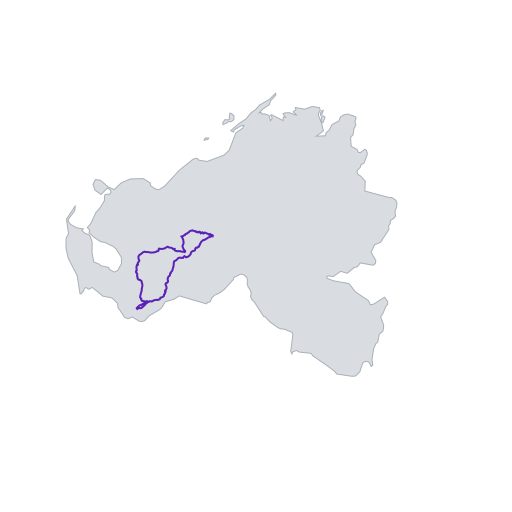 Barinas highlighted on a map of Venezuela, rotated 323°
{"feature_id": "VEN-26", "entity_name": "Barinas", "entity_type": "State", "adm_level": 1, "iso_a3": "VEN", "parent_name": "Venezuela", "parent_adm1": "", "projection": "robinson", "projection_center": [-69.659, 8.155], "detail": "fine", "context": "in_parent", "style": "outline", "palette": "violet", "viewbox_px": 512, "rotation_deg": 323, "n_neighbors": 0, "source": "natural_earth", "source_scale": "10m", "svg_char_len": 9432}
<svg xmlns="http://www.w3.org/2000/svg" viewBox="0 0 512 512"><g transform="rotate(323 256 256)"><path d="M414.8,198.0L419.3,204.6L418.9,206.2L416.2,207.8L414.5,211.6L411.0,213.2L406.2,217.7L403.0,218.1L398.0,225.7L400.8,231.6L400.1,234.7L401.4,236.2L407.1,236.3L407.7,237.9L407.0,240.4L405.9,241.9L398.2,246.8L394.4,246.3L392.9,247.8L387.8,248.8L386.5,251.7L387.7,255.6L388.3,262.0L382.0,269.6L397.8,289.8L399.5,290.8L401.2,295.4L400.6,298.2L397.8,301.5L393.9,303.9L391.5,308.0L389.1,308.9L384.8,308.5L382.7,310.9L380.0,311.7L378.2,314.8L363.7,320.0L357.5,318.4L350.2,322.2L349.0,331.7L346.7,333.9L344.0,333.9L335.1,324.3L330.5,325.6L327.4,324.3L318.5,324.7L314.4,319.2L305.1,318.9L301.6,315.2L300.0,315.2L299.2,316.4L302.9,322.4L313.7,334.0L313.8,344.5L318.9,359.2L318.0,363.8L320.9,365.2L333.9,366.3L333.8,371.5L332.1,373.8L329.5,374.3L322.9,378.2L318.9,379.5L316.4,388.0L314.2,390.5L311.8,392.5L307.4,392.6L301.4,398.1L299.3,398.0L294.3,400.7L286.2,408.6L283.5,413.5L281.5,413.6L282.3,409.3L281.2,407.0L279.3,405.8L277.5,405.6L275.3,406.7L269.3,410.9L263.4,411.8L260.3,409.9L249.5,398.9L249.3,395.2L246.8,386.3L241.3,370.0L241.4,366.9L232.7,358.7L231.5,355.8L227.9,354.7L225.7,355.8L226.3,353.1L237.9,341.3L238.9,338.7L234.4,331.2L231.9,329.1L230.4,326.4L227.5,317.3L226.7,310.2L225.7,308.8L227.0,291.7L226.5,287.9L227.3,285.0L229.6,283.0L230.9,280.0L231.1,275.8L232.5,272.5L234.9,269.8L235.8,267.2L234.7,262.9L232.6,261.2L225.6,259.9L223.7,261.2L210.8,263.6L204.4,263.6L199.5,262.4L195.9,262.8L191.5,265.1L189.4,263.8L187.7,264.5L170.7,241.7L164.5,241.2L156.0,238.0L149.4,240.6L146.6,240.8L134.7,239.5L128.1,240.7L125.4,239.6L123.5,237.8L120.5,230.3L116.0,229.1L114.2,226.1L114.8,214.0L116.9,210.6L116.2,205.1L115.5,202.5L109.5,195.8L106.4,182.6L102.4,181.9L101.3,179.0L100.1,178.5L96.8,180.3L93.4,181.0L92.7,180.3L101.4,164.0L104.7,144.7L109.1,135.2L115.0,127.6L119.7,125.4L126.8,112.5L142.1,107.1L138.1,111.0L128.9,113.5L126.8,115.1L127.0,119.4L129.7,125.5L134.3,130.4L132.2,130.9L133.2,135.3L135.4,138.3L135.5,140.1L133.7,146.0L126.7,155.2L122.9,163.2L125.8,168.0L126.2,170.4L131.4,176.4L130.9,178.7L133.2,183.6L136.8,184.3L143.9,181.2L147.7,176.0L148.5,166.2L147.8,162.7L143.4,154.2L140.4,150.9L137.9,143.5L136.7,136.8L138.7,135.3L138.5,131.7L143.4,130.8L154.1,125.0L160.7,123.6L168.3,120.5L171.6,116.5L172.7,116.2L176.6,118.6L178.6,117.7L179.4,115.9L178.3,112.3L169.3,113.6L167.0,106.4L169.0,100.6L173.8,98.4L177.3,101.8L179.6,112.2L182.8,117.6L192.4,116.5L202.1,118.9L212.5,126.3L215.5,134.0L214.2,136.0L214.9,139.3L216.4,142.6L218.7,144.7L225.2,145.2L246.4,141.4L264.3,140.8L267.7,142.4L268.1,145.2L273.9,151.1L291.3,156.2L298.0,155.5L314.0,145.6L322.5,145.9L325.0,144.4L321.8,142.9L314.7,142.3L312.5,143.3L311.3,140.7L321.5,140.0L330.6,140.5L338.0,138.7L343.8,138.8L349.7,137.6L360.8,139.0L369.6,137.8L368.6,139.5L361.1,140.8L357.5,143.2L350.0,142.7L344.7,143.6L346.4,144.3L346.4,146.7L347.9,147.2L350.2,150.2L350.8,152.7L348.9,156.6L351.1,156.2L352.3,155.0L352.3,152.2L353.5,152.7L359.1,164.1L361.5,161.4L363.1,163.1L363.1,158.7L364.9,158.9L369.0,161.7L373.2,168.3L372.5,163.3L375.9,163.2L376.7,161.1L383.5,168.2L390.7,170.3L396.0,175.7L394.9,178.4L391.7,179.7L390.5,181.4L388.1,189.9L385.1,196.6L376.2,196.6L383.8,201.8L386.4,199.6L390.2,199.5L395.9,196.8L403.6,198.0L407.0,195.8L411.2,196.1L414.8,198.0ZM322.0,127.1L322.8,130.7L320.4,133.8L317.1,133.9L314.6,131.9L313.2,132.3L308.7,131.2L310.0,129.3L313.3,128.4L315.7,130.6L317.7,130.7L318.2,128.9L321.0,126.2L322.0,127.1ZM394.4,187.0L389.6,189.8L389.4,187.0L393.1,183.7L394.7,185.7L394.4,187.0ZM289.2,133.3L287.9,133.9L284.3,132.4L285.1,131.5L287.1,131.5L289.2,133.3ZM395.3,181.8L392.4,182.7L393.3,180.7L396.3,179.6L397.4,180.0L395.3,181.8Z" fill="#d9dde1" stroke="#a8b0b8" stroke-width="1"/><path d="M221.3,198.3L222.0,199.2L222.2,199.6L222.8,200.0L222.7,200.5L222.7,200.8L223.0,200.9L223.1,201.0L223.2,201.3L223.3,201.6L223.5,201.9L223.7,202.1L223.8,202.1L224.2,201.9L224.3,201.9L224.4,202.0L224.5,202.5L225.0,202.9L225.5,202.7L225.7,203.0L225.7,203.3L225.5,203.6L225.5,204.0L225.8,203.8L226.1,204.0L226.5,204.4L226.5,204.6L226.5,205.0L226.9,205.2L227.0,205.3L227.1,205.5L227.3,205.1L227.3,204.9L227.5,204.9L227.6,205.1L227.6,205.4L227.7,206.4L227.8,206.5L229.0,206.4L229.2,206.5L229.9,207.3L230.2,208.4L230.4,208.7L230.6,208.9L231.0,209.3L231.2,209.8L231.3,210.4L231.6,210.3L232.1,210.7L232.4,210.8L232.3,211.0L232.3,211.4L232.4,211.5L231.9,211.5L232.4,212.3L232.7,213.2L233.0,213.4L233.4,213.2L233.8,213.5L233.8,213.8L233.2,214.2L232.6,213.6L232.0,213.4L231.9,213.3L231.8,213.1L231.7,213.0L231.1,213.2L230.6,213.1L230.1,212.8L228.9,212.5L226.6,212.4L225.5,212.1L224.9,212.3L224.4,212.1L223.8,211.7L223.3,211.5L220.8,211.7L220.4,211.9L219.5,212.3L218.8,212.5L218.3,213.0L218.0,213.2L217.2,213.4L216.5,213.9L216.0,214.2L215.7,214.1L215.5,213.8L215.0,213.8L214.4,213.9L213.9,214.0L213.2,213.5L213.1,213.3L212.8,213.3L212.3,213.4L211.9,213.6L211.0,214.5L210.4,214.7L209.8,214.6L208.9,214.1L208.4,214.0L206.9,213.9L206.5,214.0L205.2,214.8L204.9,215.2L204.5,215.3L202.3,215.7L200.7,215.5L199.8,214.9L199.7,214.9L199.4,214.9L199.4,214.4L199.0,213.8L198.9,213.6L198.8,213.3L198.7,213.0L198.1,213.2L197.2,213.2L197.1,213.3L196.9,213.5L196.7,213.6L196.2,213.2L195.3,212.8L195.2,212.7L194.9,212.0L194.8,211.9L194.3,211.7L193.5,211.1L192.9,210.9L190.0,211.3L189.1,211.3L187.9,211.0L187.4,211.1L186.8,211.4L184.1,214.4L180.3,217.3L179.9,217.5L179.2,217.5L178.9,217.6L178.1,218.1L177.8,218.3L177.5,218.1L177.2,218.2L176.8,218.4L175.8,219.4L175.4,219.7L175.1,219.8L173.9,219.7L173.5,219.8L172.4,220.6L172.1,220.7L171.8,221.0L171.4,221.5L171.0,222.2L170.9,222.7L170.6,223.2L170.1,223.6L169.4,223.8L169.0,223.9L168.9,223.9L168.5,223.6L168.2,223.5L166.9,223.9L166.6,224.3L166.1,226.3L165.6,227.3L165.0,228.1L164.1,228.6L163.6,228.7L163.1,228.7L162.7,228.8L162.6,229.3L162.6,229.9L162.3,230.1L162.2,230.1L161.8,229.9L161.6,230.3L161.0,231.0L160.6,231.3L160.2,231.4L159.6,231.3L159.3,231.4L158.6,232.4L157.7,232.6L156.6,232.5L155.5,232.2L154.6,231.8L154.3,232.1L153.2,232.5L152.7,232.6L152.3,232.4L151.8,232.1L151.4,231.9L151.0,232.0L150.2,231.2L149.2,230.5L148.2,230.1L147.2,229.8L146.6,229.9L146.2,229.9L145.9,229.5L145.7,229.4L145.1,229.4L144.7,229.0L144.2,228.4L143.7,228.0L143.2,228.2L142.3,227.9L141.5,227.8L139.7,227.9L138.7,227.7L138.3,227.8L137.8,228.0L137.6,228.3L137.4,228.4L137.1,228.4L136.8,228.4L136.4,228.1L136.1,228.0L135.9,228.1L135.3,228.4L135.0,228.4L134.7,228.1L134.5,228.3L134.3,228.6L133.8,228.6L132.7,228.4L132.4,228.3L132.2,228.0L131.8,227.5L131.6,227.3L130.2,226.8L129.7,226.7L129.4,226.9L129.2,226.5L129.2,226.3L129.3,226.0L129.3,225.9L129.5,225.8L129.7,225.7L130.4,225.7L130.7,225.7L131.0,225.7L131.4,225.5L133.0,225.4L133.6,225.4L134.6,225.8L136.4,226.1L137.4,226.3L138.4,226.3L138.7,226.4L138.9,226.4L140.5,227.0L141.0,227.1L141.4,227.1L141.6,227.0L142.0,226.8L142.0,226.7L141.8,226.4L141.2,226.3L140.9,226.2L140.6,226.1L140.0,225.6L139.8,225.1L139.5,224.9L139.2,224.4L138.7,224.0L138.3,223.5L138.0,223.3L137.9,223.2L138.0,222.2L138.0,221.7L138.5,221.4L138.7,221.2L138.7,220.9L138.5,220.0L138.6,219.3L139.3,218.4L142.7,215.7L143.6,215.1L143.9,214.8L144.5,214.0L144.7,213.7L145.6,213.1L147.5,211.2L148.3,210.0L148.6,209.0L149.0,208.1L149.3,207.6L149.4,207.4L149.4,207.0L149.4,206.8L149.2,206.2L149.1,205.6L149.0,205.4L148.8,205.0L148.7,205.0L148.3,204.8L148.2,204.6L147.9,203.7L147.9,203.4L147.9,202.7L148.0,202.3L148.6,201.7L148.8,201.4L148.9,201.1L148.9,200.6L149.0,200.4L149.3,200.0L149.9,199.5L150.2,199.1L150.4,198.6L150.5,198.3L150.5,198.0L150.3,197.5L150.3,197.1L150.5,196.8L150.6,196.5L151.3,195.8L151.5,195.7L151.7,195.9L151.9,195.9L153.3,193.8L153.4,193.5L153.6,193.1L153.9,192.8L154.5,192.4L155.3,191.6L155.7,191.5L155.9,191.7L156.0,192.0L156.3,192.0L156.6,191.8L157.1,190.6L157.3,190.4L157.5,190.4L157.8,190.4L158.0,190.4L158.6,190.0L159.0,189.8L159.5,189.7L159.9,189.5L160.1,189.4L160.2,189.2L160.3,188.1L160.5,187.6L161.0,186.8L161.2,186.5L161.5,186.0L161.9,185.6L163.2,185.1L163.6,185.0L165.5,185.2L166.8,185.1L167.3,185.0L167.8,185.0L168.2,185.2L168.7,185.3L169.5,185.4L169.7,185.8L172.9,188.6L173.5,189.5L173.8,189.8L176.1,191.4L178.2,192.4L178.8,192.5L179.4,192.5L179.9,192.6L180.5,193.1L181.0,193.2L181.3,193.1L181.5,192.9L182.0,192.4L182.3,192.2L182.5,191.9L183.0,191.7L183.1,191.8L183.5,192.5L184.2,192.9L185.0,193.7L186.7,194.6L187.2,194.8L187.6,194.9L188.4,194.9L188.5,195.0L188.8,195.1L190.3,195.2L190.8,195.3L191.0,195.4L191.1,195.5L191.5,196.5L191.8,197.0L193.2,198.4L193.8,199.3L193.9,199.7L193.9,200.3L194.1,200.9L194.2,201.0L194.3,201.0L194.9,201.0L195.1,201.1L195.3,201.3L195.2,201.4L194.9,201.8L194.8,202.1L194.7,202.3L194.6,202.6L194.6,202.8L194.7,203.1L194.9,203.4L195.8,204.5L196.1,204.9L196.2,205.0L197.4,205.7L198.3,206.5L198.5,206.6L198.7,207.1L199.3,207.9L199.6,208.2L200.7,208.8L200.8,209.0L201.1,209.7L201.3,209.9L201.5,209.9L201.8,209.9L202.0,209.9L202.2,209.7L202.3,209.5L202.5,209.0L202.4,208.7L202.2,207.7L202.5,205.9L203.0,204.3L203.2,203.9L204.5,203.0L205.8,202.3L206.4,201.4L207.6,199.3L207.9,198.3L208.1,197.4L208.1,196.9L208.3,196.5L208.3,196.0L208.3,195.6L210.0,196.2L210.4,196.2L211.2,196.2L211.9,196.5L212.2,196.4L212.6,196.1L212.8,196.1L213.1,196.1L213.7,196.4L214.3,196.5L214.8,196.4L215.1,196.4L216.4,196.6L216.7,196.6L217.5,196.3L218.1,196.3L218.6,196.4L219.9,197.0L220.4,197.1L220.6,197.2L220.8,197.4L220.9,197.8L221.1,198.2L221.3,198.3Z" fill="none" stroke="#5b21b6" stroke-width="2"/></g></svg>